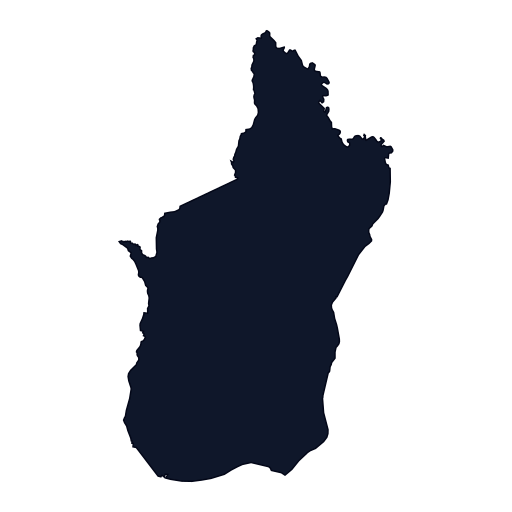 Noen Sa-Nga, Nakhon Ratchasima, Thailand
{"feature_id": "78962969B30671617507476", "entity_name": "Noen Sa-Nga", "entity_type": "district", "adm_level": 2, "iso_a3": "THA", "parent_name": "Thailand", "parent_adm1": "Nakhon Ratchasima", "projection": "robinson", "projection_center": [101.989, 15.574], "detail": "fine", "context": "isolated", "style": "filled", "palette": "ink", "viewbox_px": 512, "rotation_deg": 0, "n_neighbors": 0, "source": "geoboundaries", "source_scale": "gbopen_adm2", "svg_char_len": 6016}
<svg xmlns="http://www.w3.org/2000/svg" viewBox="0 0 512 512"><path d="M390.1,168.4L389.3,168.2L388.7,167.3L388.2,165.1L386.7,164.6L385.9,163.9L385.3,162.5L384.5,158.4L384.9,157.8L385.5,157.6L388.2,158.1L388.7,153.6L389.3,153.1L391.4,152.8L392.7,151.2L392.8,149.9L391.1,146.8L390.3,146.3L386.8,146.9L383.5,145.4L382.0,146.7L381.6,146.6L381.1,145.7L381.3,144.4L384.1,141.2L383.6,140.1L382.4,139.4L381.0,137.8L380.6,137.8L380.4,138.5L381.5,139.7L381.3,140.5L380.3,141.5L378.3,142.2L377.0,141.5L375.8,139.6L374.0,137.4L372.9,136.7L371.5,137.0L366.1,140.3L365.5,139.6L365.6,138.4L365.2,136.7L365.4,135.6L364.2,134.5L363.8,135.5L364.6,136.4L364.7,137.2L362.9,139.3L362.0,138.9L359.9,136.3L358.8,135.7L357.7,135.6L356.0,135.8L354.7,136.4L353.4,138.5L352.4,139.3L349.3,139.2L347.7,139.5L347.4,140.1L347.7,141.6L348.2,142.2L349.5,142.7L349.7,143.4L349.7,145.2L348.2,146.9L347.3,147.0L346.2,146.6L344.2,145.2L342.8,143.6L341.9,141.8L341.2,138.9L339.6,138.0L337.9,135.6L338.0,135.1L339.4,134.1L339.9,133.4L340.3,132.0L340.1,131.0L339.1,130.2L335.1,128.8L334.0,128.7L332.3,129.0L331.6,126.9L331.4,122.4L329.9,120.6L328.4,117.8L326.6,115.4L326.8,114.5L328.7,111.3L328.9,109.1L328.6,107.7L327.8,107.2L326.5,107.6L325.4,111.7L325.1,112.0L324.4,111.9L323.9,111.5L323.8,110.7L324.2,108.4L318.8,103.2L318.8,101.9L320.0,100.4L322.1,102.8L323.6,101.7L323.8,99.3L322.8,97.4L322.6,96.4L322.7,95.9L323.8,95.6L325.9,95.8L327.8,95.2L328.1,94.9L328.0,91.2L327.5,89.9L326.3,88.5L321.7,85.4L321.4,84.6L321.5,84.1L322.8,82.6L324.0,82.3L325.0,82.6L326.9,83.9L328.1,83.9L328.9,83.3L329.1,82.3L327.0,78.4L326.0,77.4L324.3,77.0L322.3,77.2L320.6,76.3L320.3,75.3L320.0,72.7L319.6,71.9L315.6,71.3L314.8,70.8L314.2,69.5L315.1,65.7L315.1,65.0L314.7,64.5L312.4,62.9L310.7,63.3L309.8,64.1L309.4,66.7L308.2,68.6L307.8,69.0L307.0,68.8L303.9,67.0L303.0,66.2L302.4,64.9L301.3,60.5L298.1,56.1L295.1,50.2L294.3,50.2L292.4,51.3L290.5,50.0L289.6,50.0L287.6,53.2L286.5,53.6L285.3,53.0L283.1,51.0L283.3,49.7L284.3,47.7L284.2,47.1L279.9,48.4L277.5,48.4L276.3,47.8L275.7,46.3L275.7,42.7L274.0,40.6L269.7,36.4L269.7,33.0L268.7,31.8L266.9,30.7L266.3,30.9L265.7,32.2L265.0,32.9L262.6,34.0L261.4,35.0L261.1,36.1L261.4,37.6L261.2,38.2L257.8,37.8L256.2,38.8L257.1,40.2L257.1,40.9L256.7,41.7L256.2,44.8L254.3,45.8L253.3,48.0L253.4,49.3L253.1,50.2L253.1,51.3L253.5,51.9L254.6,52.5L254.6,55.0L253.4,55.4L253.1,57.4L253.8,58.7L253.9,61.1L252.0,65.0L251.8,67.3L251.4,67.9L251.2,68.5L251.5,70.4L252.1,70.8L253.4,72.9L254.3,73.7L253.9,76.6L252.2,80.3L252.3,81.2L253.1,82.7L253.5,84.9L253.7,87.0L253.5,89.8L254.2,90.3L254.4,91.7L255.0,93.5L254.2,95.0L253.9,96.5L254.0,97.7L254.6,100.0L254.5,103.0L254.8,103.9L256.7,105.9L258.1,108.6L258.4,112.5L257.7,115.3L255.7,117.7L254.7,119.5L253.3,124.8L251.7,127.8L249.6,129.1L246.0,129.6L245.9,131.6L245.6,132.1L243.9,133.2L241.9,133.5L241.3,133.9L241.2,134.8L240.3,136.3L239.8,139.0L239.0,140.7L238.4,146.2L236.6,149.3L235.8,152.3L234.9,154.3L234.7,156.0L233.8,157.3L233.3,159.1L233.4,159.9L234.1,160.8L233.3,162.4L231.1,161.2L231.5,162.2L231.6,164.0L232.8,165.9L233.2,167.6L235.5,170.0L235.6,172.4L234.6,175.1L235.2,175.7L235.5,177.3L237.7,177.8L237.6,179.1L180.1,206.3L179.9,208.2L179.2,209.6L175.4,211.4L174.2,211.8L170.5,212.2L164.8,213.3L164.6,215.2L164.2,215.8L164.1,216.6L163.0,216.7L162.7,217.3L161.0,217.8L159.5,219.2L159.4,219.7L160.1,220.8L159.6,222.4L158.2,223.9L157.3,226.6L157.8,228.1L157.8,230.3L156.3,237.7L156.5,248.9L157.0,252.3L155.8,256.5L153.0,258.0L152.2,257.8L149.6,258.6L148.2,257.3L146.3,257.6L145.9,256.5L144.9,255.6L142.5,254.6L141.5,252.6L141.6,250.8L141.1,250.3L140.4,250.0L139.9,249.2L140.1,247.1L139.3,246.5L137.8,246.2L138.0,245.1L137.3,244.6L136.0,245.5L135.6,244.4L135.2,244.1L134.5,244.1L133.9,244.6L132.1,243.1L130.6,243.3L130.4,243.0L130.5,241.8L130.3,241.3L128.0,241.4L127.2,241.1L126.1,241.9L125.2,241.3L123.7,242.1L122.9,241.3L122.0,241.4L121.5,240.9L119.2,241.6L120.6,243.6L122.8,244.6L127.6,248.2L128.4,250.7L130.8,252.5L131.1,253.5L130.3,256.1L131.6,258.2L133.0,259.3L134.7,261.4L136.1,264.4L138.6,270.6L138.8,272.3L138.4,274.9L138.8,276.0L140.2,277.2L141.7,277.3L142.5,278.0L144.7,281.6L145.7,285.4L147.9,287.6L148.0,288.2L147.5,290.3L147.5,291.9L147.8,293.5L148.8,295.6L149.2,298.0L148.6,303.5L149.0,305.9L147.6,308.4L147.7,313.3L144.0,312.8L143.8,314.6L142.5,318.6L140.2,323.6L140.0,325.3L140.5,330.5L143.5,331.3L143.1,331.7L142.7,332.8L144.0,333.7L144.0,334.4L143.5,335.7L144.9,336.3L145.4,337.6L144.8,338.3L144.5,339.3L143.1,341.0L141.4,341.6L141.1,342.0L141.0,343.6L140.4,345.8L139.8,346.9L137.0,350.3L136.6,351.2L136.5,352.0L137.1,352.5L137.2,353.0L137.1,354.4L137.4,355.6L138.8,357.6L138.8,360.0L136.8,362.9L136.4,364.7L130.7,370.3L128.6,373.6L128.1,376.5L128.8,380.8L131.1,387.9L131.2,389.2L129.7,398.5L126.4,410.3L125.4,416.4L124.6,417.6L123.6,420.1L124.6,422.7L126.7,426.1L127.9,430.6L130.8,438.1L131.3,440.9L132.1,441.0L131.9,443.2L133.3,443.4L133.0,446.8L136.3,447.5L158.1,476.1L160.9,476.8L161.6,475.4L162.1,475.3L164.3,477.1L165.2,474.3L167.8,474.4L167.1,475.9L165.6,478.0L170.6,479.3L181.9,481.1L191.9,481.3L201.8,480.0L210.9,478.4L224.3,474.3L231.3,469.9L237.6,466.6L242.4,464.4L251.1,462.5L268.4,466.6L269.4,467.2L270.4,468.2L271.4,470.4L281.4,472.7L285.0,475.1L291.8,469.4L298.8,460.7L307.5,452.5L310.1,450.7L315.5,448.4L323.6,441.6L326.8,437.3L327.9,433.7L328.0,429.7L323.6,412.8L322.5,398.4L322.8,397.3L322.9,395.5L328.2,372.9L329.3,371.8L329.6,371.1L330.1,366.7L331.2,364.6L331.6,362.6L335.0,358.2L335.0,352.0L336.0,347.4L337.4,345.9L338.9,343.7L339.4,341.5L339.3,339.0L337.3,327.9L336.5,324.5L334.6,318.5L333.6,312.4L332.1,309.7L331.5,307.9L331.3,305.0L332.5,302.1L336.0,297.9L335.9,296.7L336.9,296.8L337.2,296.4L345.5,280.1L347.5,276.6L358.5,254.7L365.0,246.4L368.9,243.5L371.5,240.9L371.6,239.6L369.9,236.3L369.7,234.8L368.7,232.3L368.7,230.3L369.0,228.6L371.9,226.0L372.7,223.9L378.0,218.6L379.6,216.4L382.4,212.1L383.0,210.5L383.9,205.8L385.9,203.6L386.5,203.9L388.0,199.8L389.2,193.3L390.3,181.8L390.1,168.4Z" fill="#0f172a" stroke="#020617" stroke-width="1.5"/></svg>